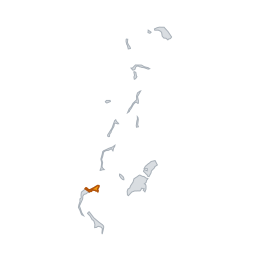 location of South Abaco within The Bahamas, rotated 238°
{"feature_id": "BHS-5016", "entity_name": "South Abaco", "entity_type": "District", "adm_level": 1, "iso_a3": "BHS", "parent_name": "The Bahamas", "parent_adm1": "", "projection": "robinson", "projection_center": [-77.194, 26.12], "detail": "fine", "context": "in_parent", "style": "filled", "palette": "amber", "viewbox_px": 256, "rotation_deg": 238, "n_neighbors": 0, "source": "natural_earth", "source_scale": "10m", "svg_char_len": 3786}
<svg xmlns="http://www.w3.org/2000/svg" viewBox="0 0 256 256"><g transform="rotate(238 128 128)"><path d="M81.8,106.2L81.8,109.6L82.0,112.2L81.8,113.1L79.1,114.8L78.5,115.8L76.0,116.8L74.5,118.1L73.7,115.9L72.3,114.6L72.0,112.3L70.9,113.0L69.3,112.6L66.6,110.8L64.9,108.5L67.3,108.0L67.8,109.5L69.7,107.7L69.2,106.8L68.9,106.6L68.3,104.9L71.1,100.2L71.7,97.2L70.4,92.5L71.6,92.1L74.8,93.8L76.2,95.5L76.2,97.7L77.6,99.5L79.5,103.7L81.8,106.2ZM83.9,119.2L84.0,119.8L81.5,121.6L83.3,122.9L85.0,120.1L86.3,122.4L87.0,126.6L86.9,127.3L87.0,128.0L87.2,128.8L87.3,130.0L86.0,133.7L81.1,133.3L81.0,130.2L80.3,129.6L79.2,125.1L77.7,123.7L75.6,120.0L76.8,119.1L78.4,119.4L79.2,119.0L81.5,118.6L82.9,118.1L83.9,119.2ZM197.6,205.9L196.9,208.0L194.3,212.0L188.5,213.0L182.1,213.2L181.6,212.1L181.4,211.1L181.9,209.6L181.8,209.1L181.6,208.5L183.9,207.8L185.4,206.0L187.8,205.7L190.9,207.0L192.5,207.0L194.9,205.6L196.8,202.5L198.0,202.9L197.6,205.9ZM94.5,72.2L94.0,72.5L91.9,69.6L90.2,68.8L92.8,66.8L94.0,65.1L93.9,61.3L94.6,59.2L94.4,57.5L95.0,55.6L94.2,53.6L91.9,52.0L87.6,45.5L80.6,43.9L77.1,43.9L79.0,42.8L80.8,43.0L83.6,43.6L87.0,43.9L89.0,45.8L91.0,48.3L92.8,49.3L93.5,50.0L93.4,50.7L93.7,51.4L96.0,52.6L98.3,54.5L99.0,60.0L95.9,62.7L95.3,70.8L94.5,72.2ZM63.7,48.8L66.7,49.7L68.2,49.6L69.2,49.0L73.5,49.2L77.0,48.4L77.6,49.9L77.5,50.7L70.0,51.4L63.1,53.6L59.4,55.1L57.6,55.3L56.3,54.5L51.7,49.9L53.0,50.4L56.3,53.0L58.4,52.5L60.3,50.8L60.6,49.5L60.3,48.9L61.2,46.9L63.7,48.8ZM108.5,84.1L112.5,87.3L116.0,88.5L119.7,92.5L121.3,93.9L121.6,95.2L120.9,101.1L120.1,104.7L120.3,107.8L119.4,106.9L118.5,104.9L117.1,103.7L116.6,103.1L119.2,102.9L119.4,99.7L120.6,97.1L120.4,94.5L117.4,91.6L115.3,89.0L112.2,88.2L109.2,85.6L107.5,85.3L105.3,85.8L106.1,84.2L106.6,82.2L107.0,81.9L108.5,84.1ZM152.9,157.6L152.7,158.4L149.6,152.7L145.7,151.3L143.5,149.9L143.9,149.2L145.5,148.8L145.7,147.0L145.1,145.1L143.0,141.2L141.9,138.5L141.3,137.9L141.2,135.7L143.6,139.1L144.6,142.2L146.3,145.2L147.4,150.4L150.5,152.1L152.7,154.6L152.9,157.6ZM168.5,177.0L166.8,177.8L167.2,176.3L170.4,173.8L172.3,171.6L173.3,170.9L173.7,170.3L175.1,169.5L175.8,168.1L175.6,166.9L174.1,165.0L174.1,163.7L174.6,162.7L177.2,162.3L176.5,163.7L177.5,167.7L174.2,172.8L171.3,174.3L168.5,177.0ZM141.3,120.6L141.5,122.0L139.8,121.7L137.4,122.3L136.6,122.3L137.1,121.3L138.8,120.0L138.8,118.7L136.8,116.9L134.3,112.3L133.2,111.2L132.7,109.5L130.6,107.7L131.1,106.7L131.5,106.5L132.8,106.9L136.0,113.5L136.2,114.1L141.3,120.6ZM197.0,170.8L198.6,171.3L199.4,171.2L202.2,172.1L203.9,173.2L204.3,173.7L203.4,174.8L200.8,172.8L198.5,172.5L195.4,172.6L194.1,172.2L194.9,170.1L197.0,170.8ZM172.1,162.5L172.6,163.0L171.1,164.1L167.6,162.7L166.8,162.8L166.1,161.3L165.8,160.2L166.0,159.2L168.1,160.0L169.2,161.5L172.1,162.5ZM91.5,97.5L88.7,98.1L86.8,97.5L86.3,97.0L87.1,96.2L89.0,95.6L92.0,95.5L93.3,96.3L93.4,96.6L91.5,97.5ZM132.7,141.9L131.6,142.0L129.8,141.3L125.5,137.8L123.5,137.5L124.2,135.6L125.7,136.3L129.2,139.2L130.5,140.7L132.7,141.9ZM162.8,124.3L160.9,127.4L159.8,127.1L160.4,123.3L161.7,122.7L162.3,122.7L162.8,124.3ZM200.3,197.0L197.0,198.4L196.7,196.8L198.3,195.5L200.3,197.0Z" fill="#d9dde1" stroke="#a8b0b8" stroke-width="1"/><path d="M99.2,59.4L99.3,59.7L99.4,59.9L99.5,60.1L99.6,60.4L99.6,60.5L99.4,60.9L99.2,61.1L98.5,61.3L98.6,61.1L98.7,60.7L97.9,60.8L97.2,61.3L96.5,61.9L96.0,62.5L95.7,63.2L95.5,65.4L95.5,65.9L95.3,67.5L95.4,69.8L95.3,71.9L94.5,72.8L93.8,72.4L93.2,71.6L92.8,70.7L92.7,70.1L92.3,69.8L90.5,69.4L90.0,68.7L90.4,68.7L90.9,68.5L91.2,68.2L91.5,67.5L91.8,67.4L92.2,67.4L92.5,67.2L93.3,66.1L93.9,65.6L94.5,65.4L94.4,65.1L94.3,64.9L94.2,64.6L94.2,64.3L94.1,64.1L93.9,63.9L93.7,63.7L93.7,63.4L93.8,63.1L94.1,62.9L94.3,62.6L94.4,62.2L94.4,61.4L99.2,59.4Z" fill="#f59e0b" stroke="#b45309" stroke-width="1.5"/></g></svg>